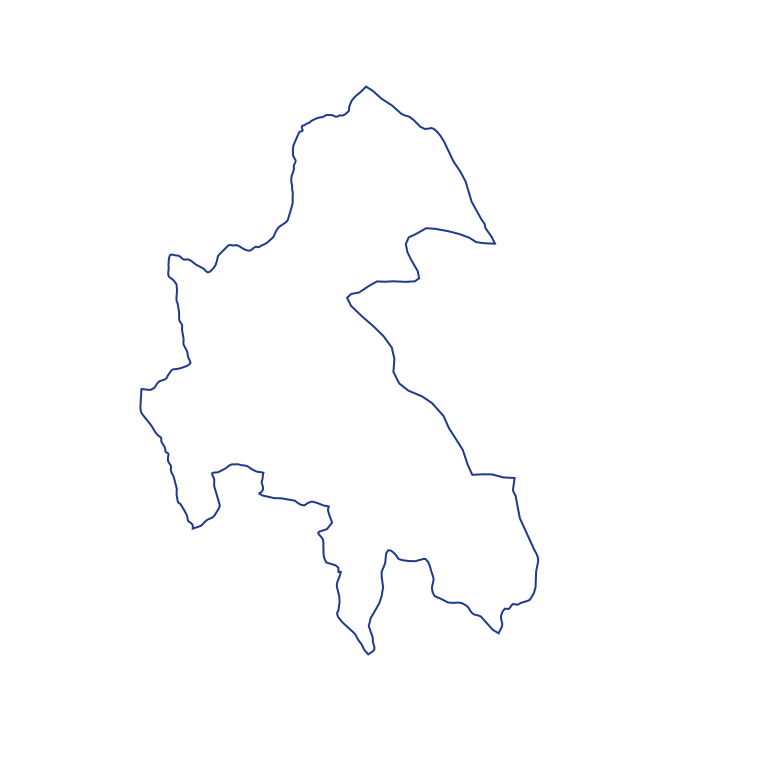 map outline of Pool (Natural Earth projection), rotated 308°
{"feature_id": "COG-3341", "entity_name": "Pool", "entity_type": "Region", "adm_level": 1, "iso_a3": "COG", "parent_name": "Republic of the Congo", "parent_adm1": "", "projection": "natural_earth1", "projection_center": [14.821, -3.811], "detail": "fine", "context": "isolated", "style": "outline", "palette": "blue", "viewbox_px": 768, "rotation_deg": 308, "n_neighbors": 0, "source": "natural_earth", "source_scale": "10m", "svg_char_len": 6166}
<svg xmlns="http://www.w3.org/2000/svg" viewBox="0 0 768 768"><g transform="rotate(308 384 384)"><path d="M607.3,186.8L608.1,194.9L607.3,206.2L608.4,218.9L607.6,231.2L608.4,235.0L610.2,239.2L610.3,244.4L609.1,254.3L610.1,259.1L612.4,261.7L614.7,263.5L615.7,266.0L615.4,271.3L614.4,275.5L611.9,282.3L602.2,301.6L598.2,313.8L593.8,323.6L581.6,340.8L573.7,359.4L572.2,364.5L569.4,367.8L566.1,378.5L562.9,385.0L558.8,379.4L555.7,374.8L552.6,369.4L551.8,361.3L548.7,351.4L544.0,340.6L537.8,328.8L532.7,321.3L521.8,316.8L514.8,313.2L507.7,315.0L502.3,321.3L498.4,329.4L493.7,341.1L489.0,346.6L483.9,345.1L477.6,337.9L470.6,328.0L465.1,321.7L460.5,315.3L451.9,311.7L440.9,308.1L434.7,302.7L429.2,301.8L425.3,309.9L423.8,324.4L423.0,339.7L421.4,354.2L417.5,367.7L410.2,376.7L399.3,384.0L393.8,395.7L393.8,407.4L397.7,421.9L398.5,433.6L395.4,450.7L389.1,462.5L384.4,476.0L380.5,486.8L372.0,499.5L366.8,509.5L373.8,517.6L379.3,524.8L383.9,535.6L390.3,544.8L379.8,550.9L378.2,553.4L377.0,556.4L361.9,573.6L345.8,604.6L344.3,608.3L342.3,611.7L339.3,614.6L330.1,619.2L317.1,628.6L311.3,630.9L303.9,631.8L301.7,630.8L295.6,626.5L293.1,625.6L292.2,625.0L290.6,622.0L289.7,620.9L288.1,620.8L283.9,621.0L283.0,620.1L281.4,617.6L277.8,617.5L274.0,618.7L271.7,620.1L267.7,625.0L265.3,626.4L261.5,627.1L258.1,627.8L257.3,620.9L260.4,603.3L259.7,601.0L258.7,598.9L257.9,596.8L257.8,594.1L258.3,592.0L259.8,588.0L260.1,585.8L259.3,580.2L257.1,576.6L254.2,573.4L251.3,569.1L249.6,560.5L248.2,555.4L248.3,553.7L249.9,550.4L253.0,547.1L260.4,543.6L262.8,540.8L265.0,537.3L268.2,533.0L271.0,528.5L271.6,524.3L270.3,522.7L263.6,517.7L259.7,512.5L256.5,506.9L255.2,503.6L255.2,502.4L255.8,501.2L256.7,497.9L257.0,495.0L257.0,492.6L256.5,490.8L255.4,489.7L251.8,490.0L243.4,495.3L234.5,497.8L230.5,501.0L223.2,508.5L215.8,512.5L208.3,515.3L191.1,517.7L183.8,521.1L178.0,530.1L177.7,530.7L177.3,531.2L174.1,533.8L170.8,538.4L168.8,539.8L166.9,539.9L161.2,538.0L161.2,537.9L162.6,531.4L164.7,527.5L165.3,525.8L166.1,522.5L166.7,520.7L169.0,515.5L169.4,513.2L170.6,497.9L172.2,491.2L172.7,490.4L173.6,489.1L174.7,488.0L177.6,487.4L184.6,483.4L189.1,479.5L195.0,472.0L197.0,470.2L199.6,469.0L206.2,467.1L209.3,465.6L207.8,463.9L211.1,461.2L211.3,457.4L207.8,448.4L210.1,444.0L212.7,441.1L222.7,433.0L224.0,431.4L224.6,429.5L225.5,424.8L226.5,423.7L228.2,424.1L234.5,428.4L242.7,428.4L243.6,427.3L246.7,422.1L249.5,418.2L251.1,416.8L253.5,415.9L251.0,411.0L249.2,404.8L247.0,399.5L243.3,397.2L239.5,396.1L237.8,393.4L237.2,389.6L237.2,385.6L230.7,373.5L226.5,367.8L221.3,356.8L220.8,353.3L221.7,353.2L223.6,354.0L226.5,353.6L228.4,351.9L231.1,348.1L232.6,347.4L234.0,346.9L239.0,343.9L239.8,343.6L239.3,342.4L238.4,340.7L237.0,338.5L236.3,336.6L235.3,331.4L235.3,328.2L235.0,326.4L234.1,324.6L232.7,322.4L231.0,318.7L229.9,317.0L228.4,315.5L227.2,313.7L224.4,312.2L220.2,311.2L212.7,307.8L211.4,306.7L209.1,304.1L207.8,303.6L206.5,304.8L205.0,308.0L204.0,309.2L200.0,312.2L198.5,313.7L187.5,329.1L186.0,330.0L184.1,330.5L175.8,331.4L174.1,331.1L172.1,330.5L169.0,328.7L166.6,327.9L161.1,327.3L159.2,326.9L152.3,322.3L154.5,320.7L155.0,320.0L155.4,319.0L155.6,317.1L155.4,314.5L155.5,313.9L155.8,313.4L157.9,311.1L159.2,309.4L161.5,304.4L162.4,301.8L163.8,298.5L164.1,297.1L164.0,296.1L163.9,295.7L163.9,295.2L164.1,294.5L164.8,293.4L169.0,288.8L172.1,286.4L173.4,285.7L173.8,285.3L181.0,275.9L181.9,274.5L183.1,271.7L184.0,270.2L184.8,269.1L188.0,266.9L188.4,266.3L189.8,262.3L190.4,261.2L191.3,260.4L193.1,259.0L195.6,257.7L196.3,257.0L196.4,255.5L196.1,254.6L196.2,253.6L196.5,253.0L197.6,252.2L198.5,251.1L199.5,249.5L201.2,244.7L201.9,243.6L203.8,242.2L204.4,241.4L204.5,240.7L204.4,239.0L204.6,236.0L205.2,233.6L208.1,225.9L211.3,212.4L212.0,210.7L212.7,209.2L216.4,205.8L230.7,196.0L235.4,203.5L239.5,205.4L245.6,204.9L248.2,205.5L252.4,208.4L253.9,208.9L255.3,209.0L257.4,208.4L264.0,208.1L265.2,208.5L266.1,209.2L266.9,209.9L267.5,210.7L269.0,212.2L271.3,214.0L276.7,217.5L279.7,218.5L281.5,218.5L282.2,217.7L284.5,213.2L287.6,209.8L288.8,208.1L291.6,202.0L292.2,201.2L292.8,200.7L296.2,198.3L301.0,192.9L302.5,191.4L305.7,189.0L306.2,188.5L306.6,187.9L307.5,184.8L307.8,184.3L308.1,183.7L308.8,182.8L314.2,178.5L319.9,172.4L321.1,170.6L321.3,169.9L323.8,167.6L330.6,163.1L332.2,161.5L334.2,159.8L334.4,159.5L334.6,159.2L334.9,158.7L335.4,157.4L336.1,154.5L336.2,153.6L336.1,149.5L336.3,148.2L337.1,147.0L338.3,145.8L343.1,142.8L344.8,141.1L350.7,137.1L353.0,136.3L354.5,136.2L355.2,137.0L355.8,137.9L357.2,140.9L358.4,142.7L358.7,143.8L358.9,145.0L358.6,148.8L358.9,149.8L359.5,150.6L360.9,152.1L361.5,153.0L361.9,154.0L362.2,155.3L362.3,156.7L362.3,162.5L363.7,170.0L363.8,171.1L363.8,171.7L363.3,173.8L363.3,175.1L363.5,176.3L364.6,177.3L366.5,177.9L370.4,178.3L373.8,178.1L377.8,176.7L382.2,174.6L383.6,174.4L396.1,175.8L397.9,176.3L398.7,177.0L399.2,177.9L400.2,179.8L402.4,182.0L402.9,183.0L403.3,184.1L404.1,190.9L405.2,194.3L405.8,195.3L406.5,196.1L407.3,196.7L408.4,197.0L411.5,197.7L412.7,198.1L413.4,198.8L413.8,199.5L414.0,200.1L414.2,200.4L414.5,200.9L415.2,201.3L417.7,202.2L418.4,202.5L419.1,203.1L423.0,204.8L430.6,206.2L432.5,206.2L436.1,205.2L440.0,204.6L442.1,204.5L443.7,204.7L450.9,207.1L452.6,207.3L454.1,207.2L468.1,201.7L470.6,200.4L475.5,196.6L476.7,195.9L478.2,194.7L481.0,191.7L482.5,190.4L483.3,189.8L484.1,189.1L486.1,186.6L487.4,185.5L490.2,183.6L492.1,182.8L496.4,181.4L498.0,180.6L498.5,180.2L499.6,179.1L500.4,178.7L501.5,178.2L503.9,177.7L505.3,177.1L506.2,176.1L506.5,174.9L507.4,172.8L507.9,172.0L508.7,171.1L510.4,169.8L512.6,167.9L515.6,166.1L517.4,165.4L530.0,162.2L531.3,162.6L533.3,163.9L534.0,163.5L535.4,161.5L536.6,160.6L537.6,160.9L538.5,161.7L541.7,162.9L544.1,164.3L546.5,164.7L551.8,167.3L554.2,169.0L556.4,171.1L557.2,171.7L558.2,172.1L559.3,172.4L560.2,172.9L561.0,173.6L562.2,175.3L562.9,176.0L563.5,176.9L564.0,177.8L564.9,181.4L565.6,182.2L566.5,182.8L567.4,183.2L568.3,183.8L569.0,184.5L569.5,185.5L570.6,186.4L572.2,187.2L575.3,187.9L577.8,188.1L578.2,187.9L578.8,187.5L579.5,186.9L580.7,186.1L582.6,185.4L586.2,184.4L588.4,184.1L590.1,184.1L595.1,184.7L599.5,185.8L607.3,186.8Z" fill="none" stroke="#1e3a8a" stroke-width="2"/></g></svg>